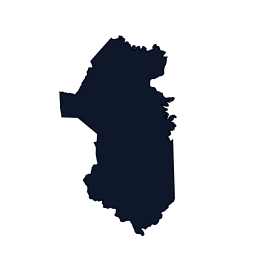 Moronou, N'zi-Comoé, Ivory Coast (Natural Earth projection), rotated 121°
{"feature_id": "98640826B53162767921513", "entity_name": "Moronou", "entity_type": "district", "adm_level": 2, "iso_a3": "CIV", "parent_name": "Ivory Coast", "parent_adm1": "N'zi-Comoé", "projection": "natural_earth1", "projection_center": [-4.266, 6.594], "detail": "fine", "context": "isolated", "style": "filled", "palette": "ink", "viewbox_px": 256, "rotation_deg": 121, "n_neighbors": 0, "source": "geoboundaries", "source_scale": "gbopen_adm2", "svg_char_len": 5772}
<svg xmlns="http://www.w3.org/2000/svg" viewBox="0 0 256 256"><g transform="rotate(121 128 128)"><path d="M152.2,190.4L144.5,176.5L148.4,150.9L156.0,146.9L157.9,149.1L159.5,146.6L161.0,144.8L166.8,141.5L171.1,137.8L173.3,135.6L174.7,134.9L175.2,135.0L176.4,136.2L177.0,137.5L177.8,138.1L179.4,137.9L180.1,138.1L181.5,137.4L183.6,137.0L184.6,136.3L186.1,136.0L186.7,135.6L187.2,136.0L187.9,137.4L188.7,138.1L189.2,138.3L190.1,139.2L192.0,138.8L195.3,139.3L196.0,138.5L196.7,136.5L197.6,135.8L198.1,133.3L198.5,132.6L199.8,131.3L201.0,130.8L202.2,130.0L203.4,129.8L204.2,128.2L205.6,126.1L206.5,125.4L207.2,125.3L207.6,124.8L207.7,123.8L207.3,123.6L207.0,122.5L206.5,121.4L206.9,120.8L207.2,119.6L207.0,118.6L205.7,117.8L205.2,116.8L205.4,116.0L205.2,115.4L204.6,114.6L204.0,114.3L203.4,113.8L202.9,112.9L203.1,112.3L203.7,111.8L205.4,111.1L206.5,108.9L207.2,108.4L208.0,108.3L208.2,108.1L208.2,107.8L206.9,105.1L206.9,104.9L207.2,104.6L206.9,103.9L206.2,103.3L205.3,102.9L204.5,102.0L204.4,101.2L204.6,100.6L204.5,100.0L204.0,98.9L203.2,97.7L203.0,96.9L203.1,96.4L204.0,95.5L204.8,95.3L205.6,94.7L206.9,94.2L207.9,94.1L209.1,94.3L209.4,93.9L209.4,92.8L208.8,91.0L208.9,89.5L210.0,87.4L210.8,86.8L211.3,86.2L211.1,85.1L210.5,84.1L209.7,83.3L207.8,81.9L206.2,79.4L206.1,78.7L206.4,77.5L207.1,76.5L207.9,74.7L209.7,72.6L211.2,70.3L211.4,69.5L212.5,69.0L213.3,67.6L213.5,66.2L212.5,64.0L211.7,62.9L211.9,61.9L212.6,60.7L212.6,60.3L212.4,60.1L211.3,59.8L210.5,60.2L209.2,62.1L208.9,62.7L208.8,63.8L208.2,64.9L207.7,65.4L207.2,65.6L206.5,65.1L205.7,63.8L205.5,63.3L205.4,61.3L204.7,61.3L204.0,60.8L202.7,60.6L202.3,60.3L201.7,60.1L201.2,59.6L200.7,58.7L200.4,58.5L199.2,58.5L197.9,58.6L197.3,57.7L197.1,56.5L196.6,55.2L195.3,54.3L192.9,53.9L191.8,54.1L191.4,54.6L190.8,54.6L190.3,54.8L189.5,54.5L188.4,53.5L187.7,53.3L185.2,54.1L184.8,55.8L183.9,56.4L182.9,56.3L181.8,55.8L181.2,55.2L179.7,54.2L179.4,54.0L178.3,54.2L176.6,53.2L175.2,53.0L174.4,53.8L173.9,53.9L172.3,53.5L170.5,52.6L168.8,52.4L167.5,51.5L166.7,51.6L166.3,52.1L164.8,52.0L115.9,83.5L116.4,83.6L116.8,84.1L117.2,84.1L117.7,84.7L117.9,85.4L117.6,86.1L116.4,87.1L116.2,87.4L116.3,87.8L115.7,88.9L115.2,89.0L115.2,89.7L114.6,90.2L113.8,89.9L112.7,88.8L111.4,88.5L110.0,89.8L109.9,91.1L109.5,91.4L107.7,90.2L106.9,88.8L106.1,88.7L105.5,88.4L105.5,88.2L104.9,88.3L104.5,88.7L104.2,89.4L104.0,89.5L103.4,88.9L101.8,88.2L101.3,88.5L101.2,89.3L101.0,89.9L101.0,90.1L101.6,89.4L101.8,89.5L101.9,90.0L101.8,90.4L101.2,90.8L101.0,91.6L100.8,91.7L100.5,91.7L100.4,91.9L100.4,92.6L100.9,92.8L101.1,93.8L100.9,94.5L100.2,95.1L98.4,94.5L97.7,93.9L97.3,94.0L96.5,94.9L95.9,94.7L95.2,94.2L94.5,92.7L94.2,92.5L93.7,93.2L93.8,94.1L93.4,94.6L94.0,95.3L94.3,96.2L95.3,96.9L96.0,97.6L98.5,97.8L99.0,97.5L100.0,97.8L100.4,98.3L101.0,98.4L101.2,98.6L101.5,99.7L100.8,99.8L100.7,100.2L100.3,100.3L99.1,99.7L98.8,99.7L99.2,101.4L99.9,102.6L100.2,102.7L100.3,103.7L99.7,102.8L98.3,102.1L98.1,101.5L97.2,100.3L96.6,100.2L95.9,100.4L95.3,101.3L95.2,102.2L95.3,104.0L95.0,105.1L94.6,105.6L93.5,105.8L93.2,105.6L92.9,105.4L93.2,104.9L93.0,104.2L92.8,104.0L92.0,104.0L91.8,104.2L91.8,104.9L92.4,105.9L92.4,106.7L92.1,108.3L92.1,109.4L91.5,110.5L91.0,110.7L90.3,110.5L90.1,110.2L90.1,109.0L89.8,108.4L89.9,108.0L89.6,107.6L89.5,106.8L88.6,105.2L87.9,105.2L87.3,106.3L86.6,108.1L86.2,108.4L85.6,108.6L85.0,107.8L84.4,106.0L83.8,106.9L83.5,106.7L82.7,105.3L82.2,104.5L81.8,104.2L81.3,103.9L79.8,103.7L78.8,104.0L78.7,104.7L79.1,105.4L80.2,106.2L81.0,108.0L81.9,109.2L83.1,110.3L83.4,111.0L83.2,112.1L83.3,113.1L82.7,114.4L81.7,115.9L80.9,116.5L81.1,117.2L81.4,117.5L81.4,119.9L81.5,120.7L81.8,121.3L82.4,121.6L82.7,122.1L80.7,124.3L80.3,125.2L80.1,125.9L80.3,126.8L81.2,128.1L81.5,130.1L81.4,130.6L79.8,132.0L76.3,134.0L74.6,133.9L73.7,133.4L72.7,132.6L71.7,130.8L71.5,130.6L70.1,130.1L68.6,128.9L67.3,128.5L65.5,126.3L63.2,125.5L59.8,127.7L56.8,128.7L53.2,129.0L48.0,131.4L47.5,131.3L48.5,133.1L49.0,133.7L49.2,135.0L48.4,135.7L48.0,135.7L45.9,135.3L45.1,135.3L44.2,135.0L44.1,136.2L44.6,138.3L45.2,139.2L45.4,139.9L44.6,141.3L43.7,142.2L42.9,143.3L42.8,144.0L43.3,144.7L43.9,145.2L44.1,145.9L42.7,146.4L42.5,146.7L42.6,147.4L42.8,147.8L43.3,148.0L44.8,148.2L45.9,148.1L46.6,147.3L47.9,146.7L49.9,148.8L50.8,149.2L51.4,149.3L51.4,149.6L52.4,150.5L52.4,151.8L53.0,153.0L52.9,153.3L52.2,153.6L51.2,153.3L50.8,153.4L50.6,153.9L50.6,154.7L50.3,156.0L50.3,156.6L50.8,156.9L51.8,156.5L52.2,156.5L52.9,156.9L54.4,157.2L54.8,157.5L54.9,157.9L54.3,158.2L54.1,159.2L52.9,159.7L52.6,160.1L52.8,160.8L53.8,161.6L55.6,162.2L57.1,162.1L58.1,163.5L58.0,163.9L56.9,164.2L56.5,164.2L55.5,163.7L54.8,163.8L54.3,164.9L54.5,165.4L54.8,165.6L56.9,165.9L57.2,166.4L58.1,167.0L58.3,167.4L58.1,167.6L57.4,167.6L56.8,168.2L56.7,168.6L55.8,169.0L55.9,170.3L55.8,171.2L55.0,171.6L54.8,172.0L54.8,172.6L55.2,173.7L56.5,173.9L57.4,174.3L56.8,175.6L56.6,175.8L56.1,176.1L54.7,176.4L53.8,176.8L53.6,178.4L54.0,179.0L54.8,179.7L54.9,180.0L54.0,180.2L53.2,180.1L52.9,180.3L53.0,180.8L53.5,181.6L53.5,182.1L53.8,182.7L55.2,182.1L56.3,182.2L57.2,182.7L58.1,183.8L58.7,184.2L59.8,185.8L60.1,186.6L60.2,187.7L60.0,188.4L90.0,194.0L90.7,192.8L92.9,189.9L93.5,189.5L95.0,189.2L95.9,190.5L96.3,191.8L96.8,192.2L98.5,191.8L99.1,191.4L99.7,191.4L100.3,191.8L100.7,191.8L103.4,189.8L104.3,189.9L105.9,190.5L107.6,189.7L109.4,190.1L111.9,190.1L113.0,190.3L113.6,190.2L114.5,189.3L114.8,189.3L117.2,189.6L119.5,189.3L120.5,189.4L121.8,189.1L123.2,189.4L124.9,190.0L126.0,189.8L127.1,190.5L127.5,191.1L127.7,191.5L127.4,192.6L127.5,193.1L128.2,194.0L128.4,195.2L128.7,196.0L129.4,196.4L129.8,197.1L129.9,198.2L130.5,199.8L131.2,200.3L130.9,201.3L131.1,202.4L132.5,204.1L132.5,204.5L144.8,196.2L145.1,196.2L150.7,191.4L152.2,190.4Z" fill="#0f172a" stroke="#020617" stroke-width="1.5"/></g></svg>